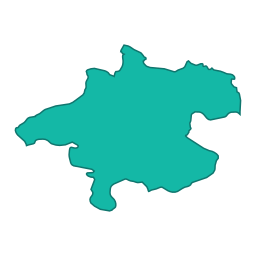 an SVG outline of Oberösterreich
{"feature_id": "AUT-2326", "entity_name": "Oberösterreich", "entity_type": "State", "adm_level": 1, "iso_a3": "AUT", "parent_name": "Austria", "parent_adm1": "", "projection": "natural_earth1", "projection_center": [13.938, 48.12], "detail": "fine", "context": "isolated", "style": "filled", "palette": "teal", "viewbox_px": 256, "rotation_deg": 0, "n_neighbors": 0, "source": "natural_earth", "source_scale": "10m", "svg_char_len": 3856}
<svg xmlns="http://www.w3.org/2000/svg" viewBox="0 0 256 256"><path d="M210.4,69.4L211.9,68.1L212.2,68.5L214.0,70.0L220.3,71.2L223.6,72.4L226.8,73.8L230.5,74.2L232.2,74.7L233.6,75.7L234.6,77.1L234.7,78.5L234.6,79.0L234.3,79.2L232.0,79.1L231.7,79.1L231.5,79.4L231.4,79.8L231.4,81.0L231.2,81.8L231.2,82.9L231.7,84.2L234.0,86.9L236.5,87.7L237.0,91.8L238.9,93.0L239.4,94.2L240.6,100.5L240.0,111.6L240.0,114.4L238.4,112.9L237.2,112.3L236.1,112.0L231.1,112.2L229.3,112.9L227.8,114.1L226.3,116.0L224.9,116.9L210.5,119.9L208.4,119.4L206.7,118.0L204.0,114.7L202.6,113.4L201.1,112.5L199.4,112.0L194.9,111.9L193.5,112.9L192.9,113.2L192.2,113.7L191.9,114.0L191.7,114.2L191.5,114.5L191.3,115.3L190.8,120.4L190.5,121.6L190.0,122.6L189.8,123.3L190.3,127.0L190.4,127.5L190.7,127.8L190.9,128.2L190.9,128.7L190.3,129.5L189.1,130.6L189.0,130.9L188.9,131.2L188.9,131.9L188.8,132.3L187.4,134.5L187.0,134.9L186.5,135.2L185.7,135.4L185.6,136.0L187.4,137.8L203.7,148.3L209.0,150.6L212.2,151.4L214.3,152.4L216.5,153.9L217.5,155.0L218.2,155.9L218.2,158.3L216.4,160.6L215.1,165.3L215.0,168.3L214.8,169.9L213.1,173.0L206.7,177.5L192.2,182.5L191.1,183.8L190.7,184.7L189.6,185.6L187.9,186.4L184.7,187.2L182.2,188.5L177.6,191.4L175.2,192.1L172.2,192.1L170.1,191.6L167.9,190.7L162.3,187.3L161.3,187.1L159.9,187.4L156.2,188.9L151.3,190.1L149.2,191.3L148.6,191.4L148.1,190.1L147.9,189.1L146.8,186.7L142.2,182.1L137.8,182.6L136.3,182.3L133.6,181.4L130.6,180.9L129.2,180.4L126.7,179.2L125.8,179.0L124.7,179.2L114.0,183.9L112.3,185.1L111.0,186.5L110.4,188.3L110.2,189.9L110.0,192.4L110.1,193.7L110.4,195.0L111.2,196.4L112.3,197.6L113.6,198.9L114.4,199.9L115.3,201.7L115.8,203.8L115.8,205.5L115.5,206.9L115.1,207.4L114.7,207.8L112.2,209.7L111.9,210.2L110.6,210.5L109.7,210.9L100.3,209.3L94.5,206.1L90.9,203.0L90.2,201.2L90.0,199.3L90.5,197.6L92.1,195.4L92.6,194.4L92.9,193.0L92.6,191.9L91.0,189.4L94.7,179.6L94.2,178.5L93.4,177.3L90.9,177.1L88.8,176.3L87.9,175.8L87.3,175.4L87.0,174.9L86.5,174.0L86.7,173.4L87.4,172.9L91.4,172.7L93.0,172.5L94.2,171.1L91.9,169.3L73.7,165.8L72.1,164.9L71.2,163.8L70.7,162.7L69.5,158.0L69.2,156.3L69.1,154.6L69.4,151.0L69.6,149.5L69.9,148.4L70.3,147.7L70.8,147.4L71.5,147.3L74.2,148.0L75.7,148.1L77.1,147.8L78.1,146.8L78.2,145.8L77.3,144.9L76.4,144.4L75.4,143.9L72.3,142.1L65.4,144.8L59.6,145.4L55.8,145.0L51.8,143.8L51.4,143.6L50.9,143.3L47.9,140.6L45.4,139.4L42.9,139.1L38.6,139.3L36.7,139.8L35.5,140.6L34.7,142.5L34.5,143.1L33.2,143.8L28.5,144.9L26.5,145.6L26.2,144.2L24.7,141.3L17.7,135.0L16.7,133.7L15.9,132.2L15.4,130.5L15.6,128.8L16.2,127.9L16.8,127.7L17.5,127.7L18.1,127.5L19.5,125.5L20.0,125.1L24.0,122.7L25.3,121.4L27.1,119.0L28.1,118.1L29.6,117.4L35.2,116.5L35.0,116.2L36.6,115.1L39.8,113.6L43.6,110.5L45.2,109.5L55.7,106.0L69.5,103.9L72.9,102.3L82.8,95.0L84.2,93.0L84.8,90.3L85.0,89.6L85.4,89.0L85.9,88.1L86.1,86.8L85.9,83.2L86.1,82.0L86.6,80.8L87.9,78.4L88.2,77.1L88.0,76.0L87.1,74.7L86.7,72.4L86.4,71.9L86.3,71.4L86.8,70.5L87.8,69.8L91.0,68.8L94.4,68.4L104.8,70.8L106.6,71.6L108.2,72.7L109.7,74.7L113.8,76.2L114.1,76.4L115.0,73.0L115.8,71.6L116.1,71.6L118.2,71.3L119.0,71.0L119.9,70.3L120.3,69.7L122.1,66.6L122.7,64.9L123.0,63.1L123.1,60.9L122.6,56.8L122.8,55.2L124.1,54.2L122.9,53.7L122.4,53.3L121.3,51.5L120.8,51.6L121.0,50.4L124.0,45.1L128.1,46.0L130.0,46.9L131.8,48.1L134.0,49.6L140.8,52.8L141.6,53.6L143.3,55.7L144.0,56.8L144.5,57.2L145.2,57.4L145.8,57.8L146.0,58.6L145.8,59.4L145.4,59.5L144.9,59.4L144.6,59.6L143.9,60.8L143.3,61.0L143.2,61.3L143.6,63.1L144.1,63.8L145.8,65.6L146.6,66.3L150.0,67.5L164.3,68.8L174.2,71.8L175.2,71.7L176.0,71.4L178.0,70.1L183.2,68.2L184.8,66.8L187.1,61.7L188.5,60.9L190.9,63.3L195.0,65.0L196.1,65.3L197.6,65.0L200.6,63.8L202.2,63.7L202.8,64.1L203.0,65.0L203.0,65.8L203.3,66.4L204.1,66.4L205.6,66.0L206.3,66.1L207.4,67.3L207.9,68.5L208.7,69.4L210.4,69.4Z" fill="#14b8a6" stroke="#0f766e" stroke-width="1.5"/></svg>